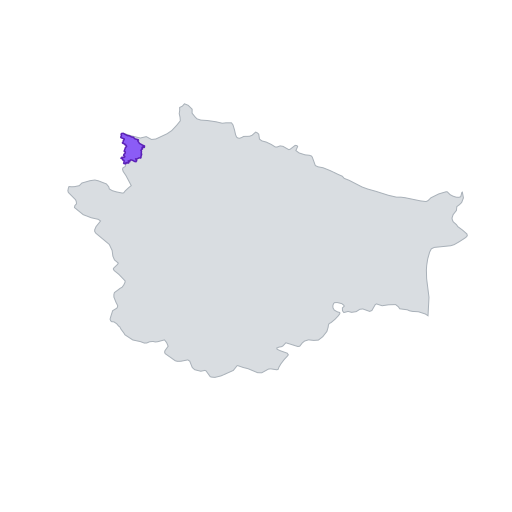 Dobrush, Gomel, Belarus (highlighted), rotated 195°
{"feature_id": "67162791B17030122378697", "entity_name": "Dobrush", "entity_type": "district", "adm_level": 2, "iso_a3": "BLR", "parent_name": "Belarus", "parent_adm1": "Gomel", "projection": "robinson", "projection_center": [31.465, 52.377], "detail": "fine", "context": "in_parent", "style": "filled", "palette": "violet", "viewbox_px": 512, "rotation_deg": 195, "n_neighbors": 0, "source": "geoboundaries", "source_scale": "gbopen_adm2", "svg_char_len": 6850}
<svg xmlns="http://www.w3.org/2000/svg" viewBox="0 0 512 512"><g transform="rotate(195 256 256)"><path d="M415.7,340.2L407.8,339.8L398.3,340.0L392.9,342.9L387.1,341.5L383.0,343.1L373.5,351.1L369.8,355.4L366.3,362.0L364.1,367.0L365.3,370.4L367.0,373.6L367.4,377.0L368.2,379.7L365.9,381.7L364.5,384.5L360.5,384.0L355.7,381.3L354.7,377.4L350.9,374.6L348.5,373.2L344.4,373.0L337.9,374.3L329.3,375.3L322.9,375.5L319.4,376.9L314.2,378.3L312.2,376.7L309.4,372.2L307.1,367.8L305.5,365.8L304.1,365.3L302.4,365.4L300.4,366.8L298.9,368.3L293.4,369.9L291.1,371.5L288.4,375.6L286.7,375.3L284.9,374.4L282.9,369.8L280.1,368.7L275.6,368.7L270.1,367.7L265.6,366.3L263.9,366.7L261.2,368.6L258.3,368.9L251.9,367.2L250.6,368.0L246.8,373.0L245.1,373.2L244.1,372.6L244.8,368.2L241.1,366.7L234.9,366.4L230.5,367.1L228.3,366.9L227.2,366.0L222.1,358.7L219.2,358.2L214.1,358.6L206.6,357.7L198.0,356.1L193.3,355.4L190.9,353.8L185.6,353.2L171.3,350.1L165.5,349.6L156.9,349.5L143.8,348.9L135.4,349.2L131.5,350.3L127.0,350.9L111.4,351.8L105.8,352.6L104.1,354.1L102.1,357.5L95.5,363.3L89.1,367.2L87.9,367.5L84.4,365.5L81.3,364.8L77.8,364.6L75.2,365.2L73.6,366.2L73.6,370.7L73.2,371.1L70.7,365.8L71.2,360.9L72.8,358.2L74.8,355.7L74.2,351.9L76.3,347.0L76.5,343.4L75.8,341.9L74.4,340.1L70.4,338.1L68.7,336.6L63.3,334.5L58.0,331.9L57.2,330.4L57.5,329.3L58.6,327.7L62.9,322.9L67.6,318.2L70.6,316.3L86.1,310.4L88.5,308.3L89.3,304.7L89.4,297.6L88.7,291.1L87.8,286.6L85.3,278.2L78.2,260.8L74.4,242.8L77.4,243.8L84.6,244.2L90.4,243.0L93.3,242.8L95.9,243.2L103.5,242.2L105.3,243.8L108.6,245.2L115.3,243.2L121.3,240.6L127.3,240.9L128.3,239.7L130.0,233.3L131.9,231.9L139.1,232.5L141.9,231.4L144.8,228.2L149.1,226.3L152.7,226.3L156.5,224.1L158.3,225.5L159.1,228.2L157.8,230.3L158.3,231.1L160.8,232.2L165.2,232.1L168.1,231.3L168.8,230.0L168.9,227.8L168.2,225.8L166.4,224.0L162.9,223.1L160.5,223.1L160.1,222.0L161.0,219.6L163.4,215.2L166.2,211.2L167.8,209.7L168.2,208.3L167.9,205.9L168.0,201.5L170.6,195.4L174.0,190.9L178.4,189.4L183.6,188.6L187.1,186.4L188.8,184.0L190.4,180.2L192.1,179.4L204.7,179.9L206.8,176.0L207.9,175.0L210.3,173.9L212.1,172.5L211.5,171.4L208.3,170.8L200.7,170.2L199.2,168.9L199.8,167.4L201.9,163.5L204.0,158.4L205.1,154.5L205.3,152.2L206.4,151.5L212.6,150.8L214.7,150.0L220.2,144.7L224.2,143.7L234.6,145.1L239.4,145.0L245.4,145.4L246.0,144.9L248.3,139.6L258.8,131.1L264.3,128.1L267.8,127.5L269.0,127.6L274.5,132.1L275.7,132.3L279.5,130.4L285.8,130.3L288.7,131.8L292.8,137.3L295.0,138.0L301.3,134.9L304.7,133.9L306.9,133.9L318.5,138.2L319.4,139.5L319.4,141.1L317.5,146.1L319.9,149.2L322.7,151.3L328.7,147.8L331.0,146.9L333.4,146.8L336.6,145.6L339.0,143.7L341.3,143.0L345.5,143.4L353.3,143.0L362.3,146.0L363.1,146.9L367.6,150.5L369.1,152.2L370.6,152.8L373.0,154.5L376.2,155.6L378.5,155.2L379.6,155.8L380.6,157.2L380.6,159.5L380.3,166.1L377.0,169.5L376.6,170.7L376.7,172.2L379.3,175.1L382.6,179.5L383.3,182.0L383.3,184.0L378.8,189.7L377.3,191.1L376.2,193.9L375.7,196.9L376.0,198.1L383.6,202.7L389.2,205.2L390.4,206.4L390.5,207.2L387.5,212.2L387.2,213.5L391.7,215.6L394.2,218.8L396.4,224.1L400.7,229.2L416.7,236.6L418.1,237.9L418.6,239.5L418.1,243.0L415.2,249.6L417.9,250.6L425.0,250.3L433.6,251.2L443.9,255.8L444.0,257.9L442.9,259.9L443.6,261.9L444.8,263.6L453.7,268.8L454.6,270.3L454.8,272.9L454.6,274.7L452.1,275.1L449.3,276.0L444.9,278.2L443.1,281.4L435.8,285.8L431.3,287.7L427.7,287.8L419.2,286.9L416.2,284.8L415.0,282.8L411.7,281.9L407.3,281.8L401.3,282.2L400.1,282.8L399.1,285.2L396.5,289.3L394.7,291.7L402.3,299.9L406.2,303.3L407.4,305.3L407.3,306.8L405.5,308.5L405.8,312.0L409.5,316.6L408.3,317.3L407.9,323.0L407.9,329.0L408.9,330.5L411.0,331.7L412.7,333.9L415.5,338.9L415.7,340.2Z" fill="#d9dde1" stroke="#a8b0b8" stroke-width="1"/><path d="M392.8,320.8L392.7,321.1L392.6,321.3L392.7,321.6L392.9,322.1L392.9,322.5L392.8,322.8L392.7,323.1L392.8,323.5L393.0,323.8L392.8,324.1L392.8,324.5L392.8,324.8L393.0,325.0L393.3,325.0L393.4,325.5L393.4,325.8L393.6,326.2L393.6,326.5L393.7,326.8L393.7,327.1L393.7,327.4L393.8,327.6L394.0,327.9L394.2,328.0L394.4,328.2L394.5,328.3L394.3,328.8L394.1,329.0L393.8,329.4L393.8,329.5L393.6,329.9L393.5,330.0L393.7,330.3L394.0,330.4L394.1,330.6L393.8,330.7L393.7,330.9L393.5,331.2L393.6,331.4L393.8,331.5L393.9,331.8L393.7,332.0L393.3,332.3L393.1,332.3L392.9,332.1L392.5,331.9L392.3,331.8L392.0,332.1L392.0,332.4L392.1,332.8L392.1,333.1L392.2,333.4L392.5,333.5L393.0,333.6L393.8,333.6L394.5,333.8L395.4,334.0L396.5,334.3L397.1,334.4L397.7,334.6L398.2,335.0L398.7,335.5L399.3,336.0L399.7,336.3L399.9,336.6L400.1,336.9L400.0,337.1L399.9,337.2L399.6,337.5L399.9,337.8L400.2,337.7L400.5,337.7L400.8,337.8L401.2,337.9L401.7,337.8L402.1,337.8L402.7,337.8L403.4,337.9L403.9,338.1L404.2,338.3L404.6,338.7L405.2,339.0L405.8,339.0L406.1,338.8L406.8,338.8L407.7,338.9L408.4,339.1L409.2,339.3L410.1,339.3L410.3,339.2L410.8,339.0L411.4,339.1L412.1,339.2L412.7,339.4L413.4,339.5L414.1,339.6L414.8,339.8L415.7,340.1L416.3,340.0L417.3,339.7L417.5,339.5L417.8,338.9L417.7,338.4L417.4,337.9L417.1,337.5L417.2,336.9L417.4,336.2L417.3,335.6L417.0,335.4L416.6,335.3L416.0,335.2L415.2,335.2L414.4,335.1L413.8,335.1L413.5,334.7L413.4,334.4L413.6,334.0L414.0,333.3L414.0,332.9L413.9,332.4L413.9,331.9L413.9,331.5L414.1,331.2L414.3,330.8L414.1,330.5L413.7,330.4L413.0,330.3L412.4,330.2L412.0,330.2L411.7,330.2L411.4,329.9L411.4,329.6L411.0,329.4L410.6,329.4L410.1,329.3L409.8,328.9L409.6,328.7L409.4,328.2L409.6,327.8L409.9,327.6L410.2,326.9L410.2,326.6L410.4,323.5L410.5,323.2L410.2,322.9L409.8,322.9L409.3,322.8L409.1,322.3L409.1,321.9L409.0,321.6L409.1,321.2L409.3,320.8L409.8,320.2L409.9,319.9L409.9,319.3L409.9,318.9L409.5,318.7L409.0,318.6L408.7,318.2L408.4,317.9L408.5,317.6L408.9,317.4L409.0,317.1L409.6,317.0L409.8,316.9L410.4,316.8L410.9,316.7L410.8,316.4L410.6,316.1L411.2,316.0L411.6,315.8L411.6,315.5L411.2,315.5L410.7,315.5L410.1,315.0L410.0,314.7L409.6,314.4L409.3,314.2L409.0,314.3L408.6,314.3L408.2,314.0L407.9,313.4L407.9,312.9L407.8,312.5L407.8,312.1L407.8,311.7L407.8,311.4L407.3,311.3L407.2,311.1L406.6,311.2L406.1,311.3L405.7,311.4L405.5,311.7L405.6,312.0L405.7,312.4L405.7,312.5L405.1,312.7L404.6,312.6L404.2,312.6L403.8,312.6L403.4,312.7L403.2,312.9L403.3,313.1L403.5,313.3L403.7,313.6L403.7,313.8L403.7,314.0L403.4,314.1L403.0,314.2L403.3,314.5L403.8,314.6L403.9,314.8L403.4,315.0L402.9,315.0L402.5,315.1L402.2,315.3L402.3,315.6L402.4,315.8L402.2,316.1L401.9,316.4L401.5,316.5L400.8,316.5L400.3,316.5L399.8,316.4L399.3,316.4L399.0,316.2L398.6,316.1L398.1,316.0L397.7,315.9L397.1,315.9L396.6,316.0L396.3,316.1L396.3,316.4L396.3,316.7L396.0,316.9L396.0,317.2L396.0,317.4L396.4,317.7L396.7,317.9L397.1,318.4L397.2,318.5L397.3,318.7L396.9,318.8L396.5,318.9L396.0,319.0L395.6,319.4L395.2,319.8L394.9,320.0L394.5,320.4L393.9,320.7L393.5,320.8L393.2,320.8L392.8,320.8L392.8,320.8Z" fill="#8b5cf6" stroke="#5b21b6" stroke-width="1.5"/></g></svg>